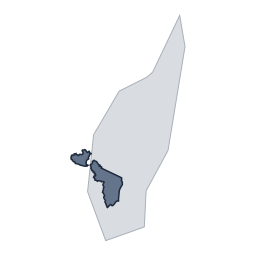 Ngatpang, Aimeliik, Palau (highlighted)
{"feature_id": "81905179B51358963868347", "entity_name": "Ngatpang", "entity_type": "district", "adm_level": 2, "iso_a3": "PLW", "parent_name": "Palau", "parent_adm1": "Aimeliik", "projection": "mercator", "projection_center": [134.507, 7.458], "detail": "fine", "context": "in_parent", "style": "filled", "palette": "slate", "viewbox_px": 256, "rotation_deg": 0, "n_neighbors": 0, "source": "geoboundaries", "source_scale": "gbopen_adm2", "svg_char_len": 4652}
<svg xmlns="http://www.w3.org/2000/svg" viewBox="0 0 256 256"><path d="M144.3,226.9L105.7,240.6L87.6,191.6L93.6,134.8L119.2,91.1L147.0,77.1L152.7,72.1L179.7,15.4L185.0,46.7L168.0,150.5L146.1,190.9L144.3,226.9Z" fill="#d9dde1" stroke="#a8b0b8" stroke-width="1"/><path d="M95.1,180.2L95.6,180.2L95.8,180.1L96.3,180.4L97.3,181.2L97.6,180.7L97.9,180.6L98.3,180.8L99.1,180.9L99.8,180.9L100.3,180.8L100.9,181.3L101.1,181.6L101.4,181.8L101.9,181.5L102.4,181.7L103.2,181.5L103.5,181.7L104.1,182.0L104.0,182.6L103.0,184.3L102.9,184.6L102.9,185.0L103.0,185.3L103.8,186.6L103.9,186.9L103.9,187.2L103.8,187.6L103.4,188.2L103.4,188.4L103.3,188.8L103.4,189.5L103.4,189.8L103.3,190.1L102.9,190.9L102.8,191.3L102.5,192.3L103.0,192.6L104.5,195.5L104.6,195.9L103.9,196.6L103.7,197.2L104.0,198.3L105.5,200.7L105.0,201.5L105.0,202.2L105.5,203.0L105.8,203.6L106.3,205.2L106.6,205.5L106.9,206.9L107.4,207.5L107.8,207.2L110.2,204.7L110.6,204.5L110.9,204.7L111.1,204.8L111.4,205.2L111.8,205.6L112.4,205.7L113.5,205.0L116.2,201.5L116.9,201.1L117.6,200.9L118.5,201.1L118.6,200.8L118.5,199.2L119.3,190.7L120.2,188.2L120.7,187.7L120.9,187.2L120.9,186.8L121.1,186.4L122.1,185.1L122.3,184.7L122.4,184.3L122.3,183.5L122.4,182.6L122.1,181.5L121.6,181.0L121.4,180.7L121.6,180.2L121.6,179.4L121.7,178.9L121.6,177.8L101.3,168.1L101.5,167.9L101.7,167.4L101.8,167.2L101.7,167.0L101.6,166.9L101.2,166.8L100.7,166.5L100.4,166.5L99.6,166.4L99.4,166.4L99.1,166.1L99.5,165.8L99.5,165.7L99.9,165.3L100.0,165.2L99.9,165.1L99.5,165.0L98.8,164.6L98.3,164.1L97.5,163.1L96.9,162.0L96.6,161.6L96.1,161.4L95.5,161.3L95.2,161.1L94.8,160.8L94.3,160.4L94.1,160.3L93.9,160.5L93.5,160.8L93.1,161.0L92.8,161.1L92.6,161.2L92.4,161.4L92.4,161.6L92.5,162.1L92.4,162.4L92.5,162.7L92.4,162.9L92.3,163.1L92.2,163.3L92.1,163.5L91.9,163.9L91.5,164.1L91.3,164.3L90.8,164.4L90.6,164.7L90.4,164.9L90.3,165.2L90.3,165.4L91.0,166.7L91.1,167.0L91.1,167.4L90.9,168.2L90.9,168.6L91.5,169.1L91.7,169.5L91.7,169.8L91.6,170.3L91.7,170.5L91.9,170.6L92.4,170.8L92.8,170.8L93.0,170.9L93.1,171.2L93.1,171.3L93.1,171.6L93.1,172.0L93.3,172.0L93.8,171.9L93.9,172.0L94.1,172.0L94.4,172.4L94.4,172.8L94.3,173.0L95.0,173.3L95.1,173.5L95.1,173.9L94.9,174.0L95.5,174.3L95.6,174.6L95.5,174.8L95.4,174.9L95.6,175.6L95.3,175.9L95.2,175.9L94.9,175.7L94.7,175.9L94.3,175.9L94.2,176.0L93.9,176.4L94.0,176.8L94.0,177.0L93.9,177.2L93.6,177.2L93.5,177.3L93.6,177.5L94.0,177.5L94.3,178.1L94.4,178.3L94.7,178.4L94.7,179.1L95.0,179.3L95.1,180.0L95.1,180.2ZM87.8,165.4L87.7,165.4L87.8,165.2L87.7,165.1L87.5,165.3L87.4,165.5L87.3,165.3L87.2,165.1L86.9,164.9L86.6,164.8L86.7,164.7L86.3,164.2L86.3,163.8L86.2,163.2L86.0,162.9L85.9,162.7L86.1,162.4L86.2,161.9L86.3,161.6L86.3,161.3L86.4,161.1L86.5,160.8L86.6,160.3L86.9,160.0L87.1,159.9L87.4,159.8L87.8,159.4L88.0,159.4L88.3,159.1L88.7,158.8L88.6,158.7L88.4,158.0L88.4,157.9L88.5,157.7L88.4,157.3L88.5,157.2L88.8,156.7L89.1,156.4L89.2,156.0L89.3,155.9L89.4,155.6L89.5,155.3L89.4,155.3L89.4,155.2L89.5,155.2L89.6,154.7L89.8,154.3L89.9,154.2L90.0,154.1L90.3,154.0L90.7,154.0L90.8,154.0L90.8,153.9L90.9,153.6L91.0,153.5L90.8,153.4L90.2,153.0L89.8,152.9L89.7,152.8L89.6,152.7L89.5,152.4L89.3,151.9L89.4,151.7L89.2,151.3L88.7,151.5L88.4,151.7L88.4,151.8L88.1,152.1L87.9,152.3L87.7,152.3L87.5,152.5L87.0,152.2L86.9,151.9L86.7,151.6L86.3,151.3L86.0,150.7L85.9,150.6L85.9,150.4L85.6,150.2L85.4,150.0L85.0,149.7L84.9,149.6L84.7,149.6L84.2,149.8L83.6,150.1L82.7,150.1L82.4,150.0L82.2,150.3L82.3,150.5L82.2,150.6L82.3,150.9L82.3,151.1L82.4,151.3L82.5,151.5L83.1,152.5L83.1,152.8L83.1,153.0L83.1,153.3L83.0,153.8L82.8,153.8L82.4,154.2L82.2,154.3L82.1,154.5L81.6,154.6L81.3,154.6L81.1,154.6L80.8,154.4L80.6,154.4L80.2,154.3L79.9,154.3L79.4,154.4L79.4,154.5L79.2,154.7L79.2,154.8L79.2,155.0L78.8,155.4L78.8,155.7L78.7,155.5L78.3,155.5L78.3,155.3L78.2,155.2L77.7,155.1L77.4,154.8L77.0,154.8L76.8,154.6L76.5,154.5L76.3,154.4L76.2,154.4L76.1,154.5L75.9,154.2L76.1,154.1L76.1,153.9L76.0,153.5L75.5,153.7L74.2,153.9L74.3,154.3L74.3,154.5L74.2,154.5L74.1,154.8L73.6,155.0L73.3,155.1L73.2,155.2L72.8,155.0L72.3,155.0L72.1,155.1L71.9,155.2L72.0,155.3L71.8,155.5L71.7,155.5L71.6,155.8L71.7,156.0L71.6,156.3L71.3,156.4L71.2,156.6L71.2,156.8L71.1,157.0L71.2,157.4L71.2,157.5L71.0,157.9L71.1,158.1L71.0,158.5L71.2,158.9L71.2,159.0L71.4,159.0L71.5,159.6L72.0,159.8L72.1,159.7L72.3,159.9L72.5,160.0L72.4,160.2L72.5,160.4L72.8,160.7L72.9,160.9L73.1,161.3L73.5,161.7L73.8,161.8L73.8,161.7L74.3,161.8L74.5,161.7L74.8,162.0L75.0,162.2L75.1,162.3L75.1,162.6L75.2,162.9L75.4,163.0L75.5,163.2L75.4,163.3L75.4,163.5L78.1,164.0L80.2,165.1L84.4,166.1L85.2,166.2L86.9,166.1L87.8,165.4Z" fill="#64748b" stroke="#1e293b" stroke-width="1.5"/></svg>